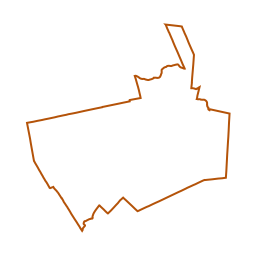 Talpa, Teleorman, Romania, rotated 274°
{"feature_id": "2599482B48667191952108", "entity_name": "Talpa", "entity_type": "district", "adm_level": 2, "iso_a3": "ROU", "parent_name": "Romania", "parent_adm1": "Teleorman", "projection": "mercator", "projection_center": [25.316, 44.288], "detail": "fine", "context": "isolated", "style": "outline", "palette": "amber", "viewbox_px": 256, "rotation_deg": 274, "n_neighbors": 0, "source": "geoboundaries", "source_scale": "gbopen_adm2", "svg_char_len": 5384}
<svg xmlns="http://www.w3.org/2000/svg" viewBox="0 0 256 256"><g transform="rotate(274 128 128)"><path d="M85.2,229.1L91.8,229.1L97.3,229.0L103.6,228.9L109.0,228.8L111.1,228.8L122.3,228.7L126.1,228.7L132.3,228.6L140.6,228.4L149.5,228.3L151.0,218.0L152.4,208.5L151.8,208.2L151.5,208.1L151.6,207.9L151.8,207.4L151.9,207.2L152.2,206.9L152.4,206.9L152.8,206.8L153.2,206.7L153.4,206.6L153.8,206.5L154.0,206.6L154.1,206.4L154.5,206.1L154.9,205.7L155.2,205.6L155.8,205.4L156.1,205.5L156.7,205.3L156.8,205.2L157.4,205.2L158.0,205.2L158.4,205.1L158.6,205.1L158.8,205.1L159.5,204.8L160.2,204.3L160.4,204.1L160.9,203.4L161.4,202.5L161.5,202.1L161.5,201.9L161.5,201.3L161.4,200.1L161.4,199.5L161.4,198.7L161.6,198.1L161.7,197.8L161.7,197.4L161.7,197.0L161.6,196.3L161.5,195.9L161.7,194.8L161.7,194.6L162.1,194.7L162.4,194.7L162.7,194.8L165.2,195.0L167.4,195.4L173.8,196.5L173.2,195.6L172.7,195.1L172.6,194.9L172.1,194.6L172.0,194.4L172.1,194.2L171.9,194.1L171.6,193.4L171.5,193.2L171.7,192.5L171.8,192.3L171.8,191.9L172.0,191.4L172.1,191.0L172.1,190.6L172.2,190.0L172.2,189.0L172.1,188.7L172.1,188.4L173.3,188.4L177.7,188.6L177.8,188.5L183.4,188.5L196.1,188.7L205.6,188.7L207.6,187.7L209.8,186.5L211.1,185.8L216.8,182.8L218.2,182.1L219.3,181.6L223.2,179.7L226.1,178.1L226.4,177.9L227.5,177.4L231.3,175.4L233.0,174.6L233.2,172.3L233.5,165.6L233.8,158.3L233.7,158.4L230.2,160.1L229.4,160.5L228.9,160.8L228.4,161.1L228.0,161.3L226.7,161.9L225.9,162.5L224.3,163.3L221.0,165.0L219.1,166.0L218.4,166.4L217.8,166.6L214.6,168.2L213.0,169.0L208.5,171.4L207.4,172.0L202.7,174.4L199.8,175.9L195.6,178.0L192.0,180.0L191.4,180.3L191.2,180.4L191.1,179.9L191.2,179.7L191.8,177.8L192.0,177.0L192.1,176.5L192.3,176.2L192.5,175.8L192.8,175.4L193.1,175.1L193.9,174.4L194.4,174.0L194.6,173.7L194.8,173.5L194.9,173.2L194.9,172.9L194.8,172.3L194.5,171.5L194.4,170.9L194.0,169.9L193.8,169.2L193.5,168.3L193.1,167.5L192.9,167.0L192.8,166.7L192.8,166.3L192.9,164.8L192.9,164.2L192.8,163.7L192.6,162.9L192.4,162.6L192.2,162.4L191.9,162.1L191.7,161.9L191.5,161.6L191.4,161.0L190.9,160.1L190.7,159.7L189.8,158.8L188.9,157.9L188.7,157.7L188.4,157.6L188.2,157.5L186.9,157.6L186.3,157.7L185.6,157.7L185.1,157.7L184.7,157.5L183.7,157.2L183.2,157.1L182.8,157.0L182.5,156.8L182.3,156.7L182.0,156.7L181.7,156.6L181.4,156.5L181.2,156.3L180.9,156.0L180.6,155.7L180.3,155.2L180.2,154.7L180.0,153.9L180.0,153.2L180.1,152.6L180.1,151.8L180.1,151.3L180.0,150.9L179.9,150.3L179.9,150.2L179.6,150.1L179.4,150.0L179.2,149.6L178.9,149.1L178.5,148.4L178.2,147.6L177.7,146.1L177.4,145.5L177.3,145.2L177.3,144.8L177.3,144.2L177.3,143.8L177.5,143.1L177.5,142.9L177.6,142.3L177.6,142.0L177.8,141.7L177.9,141.3L178.1,140.7L178.1,140.3L178.0,139.6L177.9,138.8L178.0,138.1L178.1,137.5L178.5,136.4L178.6,136.1L178.8,135.9L179.2,135.4L179.5,134.9L179.9,134.1L180.3,133.2L180.5,132.5L180.6,132.3L180.6,131.6L180.5,131.4L180.4,131.1L179.7,131.4L177.2,132.4L171.9,134.3L169.8,135.1L165.9,136.4L164.2,136.9L160.7,138.0L158.8,138.5L156.1,128.1L156.0,127.7L155.7,127.6L155.4,127.6L154.7,127.8L153.6,123.9L153.0,121.7L152.8,121.0L151.9,117.9L150.5,112.9L148.1,104.3L147.2,101.1L147.2,100.9L147.0,100.7L146.9,100.7L145.5,95.6L142.0,83.3L139.5,74.9L138.5,71.2L137.6,67.6L136.8,65.3L136.1,62.6L135.2,59.5L134.6,57.3L134.1,55.8L133.6,54.3L132.0,48.7L130.8,44.3L130.0,41.7L128.8,37.1L127.6,33.0L127.0,30.5L126.1,26.9L125.3,27.1L110.7,31.0L105.6,32.2L94.1,35.1L91.7,35.7L88.6,36.5L88.4,36.6L88.3,36.8L87.2,37.4L86.6,37.8L82.1,40.9L80.0,42.2L78.2,43.5L76.0,44.9L74.0,46.3L72.5,47.2L71.9,47.7L71.3,48.1L69.8,49.1L69.0,49.7L68.1,50.5L67.5,50.9L67.3,51.0L67.1,51.2L65.1,52.5L63.0,53.9L62.8,54.0L62.7,54.3L62.6,54.5L63.4,56.3L64.0,57.6L63.6,57.8L62.9,58.4L62.4,58.8L61.3,60.0L60.6,60.8L60.2,61.2L60.1,61.3L59.0,62.2L58.9,62.2L59.0,62.2L58.7,62.6L57.7,63.4L57.1,63.8L54.6,65.7L54.3,65.9L54.0,66.1L53.2,66.7L53.1,66.8L53.2,67.0L51.4,68.2L51.0,68.5L50.7,68.6L50.4,68.7L49.2,69.5L48.8,69.9L47.1,71.2L45.9,72.1L44.7,73.1L44.0,73.5L42.4,74.7L40.4,76.1L38.4,77.4L34.9,80.0L33.4,81.1L30.3,83.5L28.6,84.7L26.5,86.3L25.2,87.2L24.9,87.3L23.1,88.7L22.2,89.4L22.8,89.7L23.2,89.9L23.6,89.9L24.0,89.8L24.3,89.8L24.6,89.9L24.8,90.0L26.1,90.9L27.2,91.7L27.4,91.8L27.5,91.9L27.9,91.9L28.0,91.8L28.3,91.5L29.0,90.6L29.4,90.4L29.7,90.4L30.9,90.6L31.2,90.7L31.6,90.9L31.9,91.1L32.0,91.2L32.0,91.4L32.1,92.0L32.3,92.4L33.2,93.8L34.2,95.5L34.4,95.8L34.5,96.2L34.6,96.7L34.7,96.8L35.0,97.3L35.1,97.5L35.2,97.8L35.0,98.3L35.1,98.5L35.3,98.8L35.8,99.0L36.1,99.0L37.0,98.8L37.3,98.8L37.5,98.8L38.8,99.2L39.4,99.3L39.7,99.4L41.2,100.0L41.9,100.4L42.7,100.8L43.7,101.4L45.0,102.2L45.9,102.8L46.2,103.0L47.3,103.7L47.9,104.1L48.7,104.6L48.8,104.7L48.8,104.9L48.3,105.5L47.7,106.1L47.4,106.5L45.8,108.5L45.0,109.5L44.0,110.6L42.7,112.1L42.0,113.0L41.6,113.5L41.4,113.7L41.4,113.9L41.4,114.0L41.6,114.2L42.0,114.5L44.3,116.6L47.0,118.8L48.5,120.0L50.4,121.5L51.6,122.5L52.3,123.1L53.5,123.9L55.5,125.3L56.8,126.7L57.1,126.9L57.7,127.5L58.2,128.0L57.1,129.3L56.2,130.5L50.4,137.6L47.7,140.8L45.7,143.3L46.1,144.2L46.6,145.1L47.1,145.9L50.5,152.0L51.0,153.0L51.5,154.1L53.7,157.9L55.3,160.8L57.1,164.2L59.3,168.1L60.9,170.9L64.9,178.0L67.5,182.6L69.1,185.6L69.8,186.8L71.7,190.1L72.4,191.2L74.7,195.5L75.6,197.1L76.6,199.1L78.0,201.5L80.8,206.5L81.5,207.9L81.5,208.0L81.4,208.1L82.0,211.5L82.6,215.1L83.7,220.8L83.8,221.2L84.4,225.3L85.2,229.1Z" fill="none" stroke="#b45309" stroke-width="2"/></g></svg>